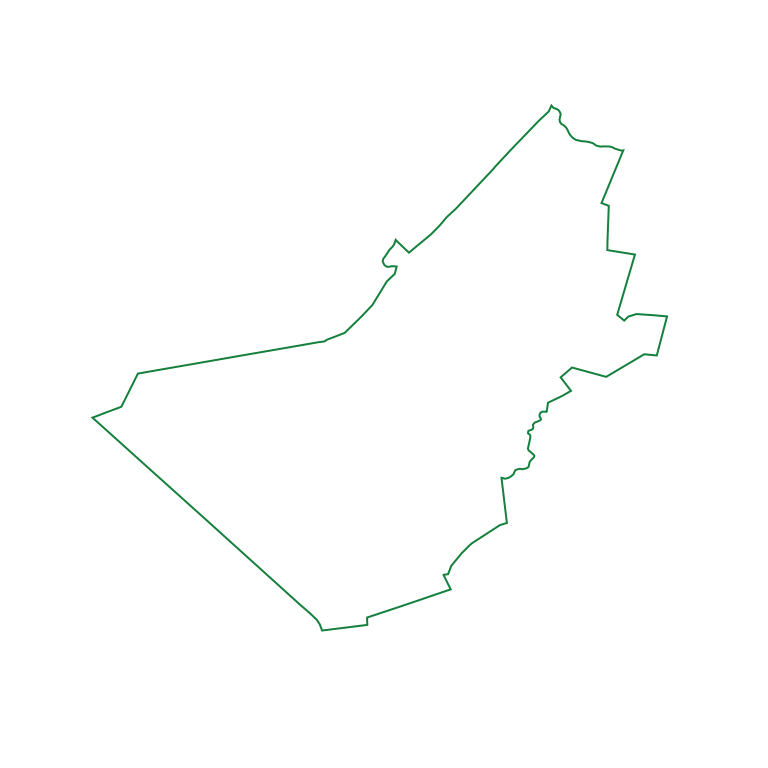 the district of Olari, Arad, Romania, rotated 346°
{"feature_id": "2599482B34473248507374", "entity_name": "Olari", "entity_type": "district", "adm_level": 2, "iso_a3": "ROU", "parent_name": "Romania", "parent_adm1": "Arad", "projection": "robinson", "projection_center": [21.573, 46.398], "detail": "fine", "context": "isolated", "style": "outline", "palette": "green", "viewbox_px": 768, "rotation_deg": 346, "n_neighbors": 0, "source": "geoboundaries", "source_scale": "gbopen_adm2", "svg_char_len": 2655}
<svg xmlns="http://www.w3.org/2000/svg" viewBox="0 0 768 768"><g transform="rotate(346 384 384)"><path d="M469.6,548.6L470.6,541.0L470.7,540.0L471.6,532.7L475.3,503.5L476.6,504.1L478.1,505.0L479.9,505.3L482.0,505.2L484.2,504.6L486.4,503.6L488.1,502.7L488.7,501.4L489.9,500.3L490.7,499.3L491.9,499.2L493.3,499.1L494.8,499.1L495.9,499.3L497.1,500.0L498.7,500.3L501.6,500.2L503.3,499.9L504.4,499.1L506.4,495.0L508.5,493.2L510.6,492.1L511.9,491.2L512.5,490.2L512.4,489.4L511.7,488.3L511.2,487.6L510.7,486.8L508.3,483.5L508.0,481.5L510.8,475.9L513.1,471.1L513.5,469.2L513.1,468.2L512.2,467.3L511.8,466.5L512.3,465.4L512.7,464.5L513.9,464.2L516.0,464.2L517.5,463.5L517.9,463.1L518.3,462.2L518.6,460.7L518.7,459.6L520.0,458.4L521.7,457.7L523.3,457.7L525.0,457.3L527.1,456.9L527.8,456.1L527.7,455.1L527.3,453.9L527.1,452.6L527.6,451.4L528.1,450.4L529.9,449.3L531.1,449.2L533.6,449.8L534.3,450.2L534.9,450.3L535.3,449.9L538.6,441.8L553.9,438.7L563.8,435.9L557.0,420.3L570.4,413.5L601.3,430.8L643.7,418.1L655.6,422.3L675.0,386.9L661.7,382.3L645.8,377.2L637.4,377.7L632.4,380.6L627.0,373.3L658.8,319.1L633.1,308.1L635.3,299.8L645.2,265.5L638.8,261.1L661.1,230.9L672.7,215.2L671.2,215.1L668.4,213.6L664.9,211.4L663.2,209.8L660.5,208.2L656.4,207.0L651.1,205.9L647.2,203.7L646.0,202.0L644.7,200.7L641.8,199.0L638.7,197.6L634.5,196.2L629.3,193.6L626.6,190.7L624.9,187.5L624.1,184.9L623.6,182.2L623.1,180.2L622.2,178.2L620.4,175.8L619.0,174.6L618.2,172.7L618.2,171.2L618.2,170.0L618.6,169.3L619.5,167.3L620.6,165.3L620.6,163.3L619.8,160.8L617.9,158.7L615.4,157.4L613.8,154.3L609.8,159.4L607.7,160.6L597.5,166.3L563.4,187.7L544.0,200.3L542.7,201.4L524.5,213.1L495.7,231.6L485.5,237.1L476.2,243.8L465.9,250.1L456.3,254.7L448.2,258.6L440.0,262.6L431.6,249.4L430.2,247.0L428.6,249.5L427.3,251.3L425.0,253.2L422.1,254.9L420.8,256.0L416.7,259.8L413.4,262.6L412.9,263.6L412.4,265.0L412.6,266.1L413.1,268.5L414.6,270.5L416.4,271.4L417.8,271.5L419.4,271.5L420.9,271.8L424.7,273.1L421.1,279.7L411.6,285.1L391.7,304.7L390.8,305.2L378.4,313.1L358.2,324.9L339.5,327.2L336.4,328.3L330.7,327.6L254.0,322.0L166.6,315.7L156.7,315.0L152.1,314.7L148.1,314.4L147.8,314.3L137.3,326.6L124.5,341.6L123.7,342.5L123.3,342.6L123.0,342.6L120.7,342.9L107.3,344.4L103.3,344.9L98.4,345.5L96.1,345.8L94.8,345.9L94.2,346.0L93.0,346.1L93.9,347.5L98.4,354.1L141.6,418.1L180.0,474.9L248.2,576.4L257.3,589.5L261.6,596.3L263.5,601.5L264.3,608.2L309.5,613.7L311.1,606.5L352.9,603.3L382.0,600.8L399.0,599.4L395.6,583.8L395.7,583.6L400.2,584.0L405.3,576.7L418.4,567.0L428.4,561.0L430.8,559.8L449.4,553.4L462.5,548.9L465.3,548.8L466.8,548.7L469.6,548.6Z" fill="none" stroke="#15803d" stroke-width="2"/></g></svg>